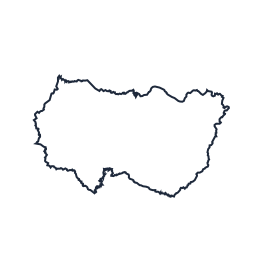 Wichian Buri, Phetchabun, Thailand (Natural Earth projection), rotated 28°
{"feature_id": "78962969B64397388555750", "entity_name": "Wichian Buri", "entity_type": "district", "adm_level": 2, "iso_a3": "THA", "parent_name": "Thailand", "parent_adm1": "Phetchabun", "projection": "natural_earth1", "projection_center": [101.036, 15.677], "detail": "fine", "context": "isolated", "style": "outline", "palette": "slate", "viewbox_px": 256, "rotation_deg": 28, "n_neighbors": 0, "source": "geoboundaries", "source_scale": "gbopen_adm2", "svg_char_len": 5868}
<svg xmlns="http://www.w3.org/2000/svg" viewBox="0 0 256 256"><g transform="rotate(28 128 128)"><path d="M42.8,114.3L42.5,116.4L44.3,119.7L45.1,124.9L47.6,126.5L47.2,127.6L45.2,128.4L45.9,131.8L45.6,132.8L44.8,132.9L44.3,133.6L45.7,140.1L43.3,145.2L43.1,146.5L44.2,148.6L44.2,150.4L45.1,151.2L44.1,153.3L43.2,153.9L42.4,155.4L42.3,156.4L40.4,156.2L39.4,159.4L39.8,160.2L42.7,162.3L41.2,165.2L43.7,166.3L44.5,167.7L44.8,167.7L45.2,168.6L45.1,169.3L45.9,169.5L47.2,171.4L48.9,170.7L49.5,170.9L49.3,172.2L51.5,173.7L52.4,175.9L52.8,176.1L53.5,175.4L54.3,176.6L54.5,177.6L54.1,178.8L55.0,182.2L54.3,183.0L54.5,183.9L53.9,185.0L58.5,183.5L62.5,184.1L64.2,183.7L64.4,184.4L64.9,184.6L64.9,185.0L65.3,184.8L65.6,185.4L65.0,187.8L66.5,188.1L66.4,188.8L69.0,189.8L68.6,193.1L69.2,193.2L70.2,196.0L71.2,196.5L74.0,196.5L74.3,198.8L76.4,198.2L78.2,199.2L78.4,197.7L79.8,196.9L80.6,196.7L81.4,197.3L82.8,197.1L84.1,198.1L84.7,197.1L87.1,195.8L87.6,194.9L89.3,194.9L90.2,195.3L91.7,193.1L93.5,193.2L94.0,193.9L95.0,194.0L96.5,192.3L97.8,191.9L98.2,191.0L98.8,191.4L99.2,191.1L99.6,191.5L100.6,190.6L101.7,191.2L102.2,192.5L103.3,192.8L105.6,195.3L107.2,196.0L108.4,196.0L108.4,196.5L108.8,197.0L109.4,196.6L110.4,197.3L111.2,197.2L111.6,197.6L112.1,197.3L112.5,198.4L114.3,198.3L114.5,199.2L114.9,199.2L115.0,199.9L115.5,200.3L116.0,200.2L116.1,199.8L116.9,199.6L117.3,199.1L118.7,199.1L119.8,199.4L121.3,200.8L122.6,200.9L123.9,200.4L128.9,201.3L128.9,200.6L129.6,200.3L129.9,199.4L128.5,198.2L128.3,199.0L127.9,198.7L128.2,196.7L127.9,196.1L128.9,196.0L129.1,195.6L129.0,195.1L128.8,195.4L127.8,195.3L127.8,194.2L128.2,193.9L128.5,194.4L129.3,193.6L129.6,194.1L130.2,194.2L130.3,193.7L129.8,193.4L130.5,192.6L130.4,192.0L130.9,191.9L130.3,191.0L131.1,190.9L131.4,191.3L131.4,190.3L132.0,190.0L130.1,189.1L130.1,187.9L129.9,188.2L129.2,187.5L128.4,187.5L127.9,188.3L127.5,188.1L128.0,187.3L127.7,186.5L128.4,186.2L127.9,185.5L128.9,184.7L128.9,184.0L129.8,184.3L129.6,183.5L129.0,182.9L129.5,181.5L129.1,180.9L129.4,179.9L128.7,180.3L128.6,179.5L128.1,180.1L127.2,179.0L126.6,176.2L126.0,175.4L127.2,175.0L127.9,175.9L128.7,174.6L128.0,174.1L128.8,173.5L129.2,173.9L130.0,173.0L130.6,173.3L130.2,173.8L130.7,174.7L131.2,173.7L130.7,172.2L131.1,172.1L131.0,171.4L131.7,172.5L133.1,171.8L133.3,172.9L133.8,173.0L133.8,173.5L135.9,175.0L135.3,177.2L135.5,177.8L136.0,177.5L136.1,177.9L137.7,177.3L138.2,176.5L138.3,175.8L139.7,175.4L139.7,174.6L140.4,174.6L141.7,172.5L141.9,172.7L144.0,170.7L144.6,169.4L145.1,169.3L145.6,168.6L146.4,168.7L146.7,168.3L148.0,169.0L150.4,168.8L151.4,169.9L151.9,171.2L153.3,172.0L156.3,171.5L157.2,171.6L157.7,172.3L158.5,172.7L158.8,172.4L159.9,172.9L161.5,172.3L165.1,173.0L166.3,172.5L168.6,172.4L171.6,171.3L174.2,170.9L175.5,171.7L176.6,171.8L179.2,171.2L181.3,170.0L181.9,171.2L183.1,171.0L184.3,170.2L185.4,170.1L187.1,170.8L187.1,170.1L187.4,170.6L188.2,169.3L188.7,169.8L190.9,168.7L191.2,169.0L191.5,168.0L192.0,168.4L192.3,168.1L192.9,168.7L193.5,168.3L194.6,168.8L195.0,167.9L196.3,168.4L196.8,168.2L197.2,168.5L197.1,168.8L198.0,168.6L198.1,167.9L197.7,167.6L198.3,167.1L198.7,167.3L200.8,166.9L200.5,164.8L201.1,163.8L201.2,162.8L201.7,162.6L202.4,161.4L203.1,158.2L202.7,157.2L202.8,156.0L204.3,155.4L204.7,154.4L206.6,154.9L206.7,153.6L207.7,153.0L207.8,151.6L207.4,150.8L208.0,150.1L207.7,148.7L209.1,147.8L208.8,146.3L210.3,145.1L211.4,142.7L211.4,137.9L210.9,137.1L210.0,136.6L210.5,134.7L212.4,133.6L213.9,131.3L213.7,129.1L214.8,127.9L214.9,126.8L216.6,124.5L216.3,123.0L215.1,122.3L214.4,121.1L214.6,120.4L214.1,118.9L214.4,117.7L213.4,116.9L212.2,115.0L211.3,114.7L210.6,112.7L209.6,112.2L208.7,109.0L209.1,106.9L208.2,105.0L209.5,104.0L209.9,102.1L209.7,101.4L208.9,100.9L208.9,94.6L209.9,93.9L208.4,92.7L208.4,92.1L207.8,91.4L208.3,90.7L207.1,89.1L206.8,87.5L203.6,85.8L203.0,84.6L203.9,82.8L206.9,81.2L207.4,79.8L207.4,79.5L205.9,79.3L204.7,77.3L205.1,75.3L205.6,74.3L206.1,74.2L206.4,72.0L207.1,70.2L207.0,69.9L206.2,70.2L205.4,69.8L205.2,67.6L205.8,66.7L206.9,66.2L207.7,63.0L207.0,62.2L205.5,62.3L204.7,62.9L204.4,64.0L203.5,64.2L203.6,65.1L202.7,65.1L202.6,64.2L201.2,63.1L199.6,62.7L198.4,59.6L198.2,56.6L196.4,56.4L196.5,55.3L195.1,55.4L193.2,54.7L192.6,55.0L191.9,56.2L190.3,55.6L189.8,56.7L188.7,56.9L189.5,58.7L188.4,60.0L187.3,60.1L186.2,59.5L185.6,57.4L184.8,56.7L181.4,57.8L180.0,57.4L180.4,58.8L179.8,61.1L178.6,63.6L176.7,63.6L172.8,62.4L172.0,62.7L171.0,62.1L169.8,63.4L168.5,63.7L167.7,64.6L166.6,67.9L164.6,68.5L164.1,69.5L163.9,71.2L164.8,72.8L164.2,74.9L164.6,77.9L163.6,79.3L161.5,80.2L159.8,80.5L155.0,79.7L152.3,80.0L147.6,79.8L145.8,79.3L145.7,78.8L144.7,78.4L143.3,78.3L142.4,77.5L141.6,77.3L136.9,77.5L132.3,78.7L130.7,80.0L130.0,81.6L130.0,83.1L130.4,84.2L130.0,86.0L129.5,86.4L129.2,89.7L126.7,91.3L125.6,93.1L124.1,94.1L122.0,92.8L119.3,92.8L119.3,93.4L120.2,93.3L119.9,94.0L119.5,94.1L120.4,94.6L119.9,95.3L120.3,96.0L120.3,96.8L119.8,96.3L118.4,96.1L117.3,95.1L117.7,94.8L117.6,93.8L116.7,94.3L116.7,94.0L116.0,93.8L115.8,92.6L114.8,91.8L113.9,93.3L112.1,94.3L111.2,95.6L111.0,96.6L110.4,97.0L109.7,99.0L108.8,99.4L108.8,98.8L107.9,98.6L107.0,99.3L107.1,99.6L106.0,101.3L104.4,101.6L103.5,102.9L102.6,102.9L101.5,103.7L99.9,103.4L99.7,102.8L98.9,103.2L98.3,102.9L97.3,104.0L97.3,104.5L96.5,104.8L95.7,104.4L95.3,103.5L93.9,103.6L93.7,104.6L92.1,105.3L90.3,105.1L89.1,106.9L86.3,106.2L85.6,106.9L85.4,108.7L80.6,108.5L69.7,104.9L67.9,106.3L66.1,107.1L65.7,107.4L65.7,108.0L64.9,108.7L64.4,108.4L61.5,108.9L60.9,110.1L60.9,110.9L60.5,111.2L58.7,111.7L58.6,112.3L57.9,112.8L56.9,113.0L56.7,113.6L55.1,114.9L55.1,114.3L54.0,115.0L53.4,114.6L52.8,114.9L51.9,115.6L52.1,116.3L51.5,116.3L51.1,115.5L50.8,115.9L50.5,115.7L50.5,116.2L50.2,115.8L47.6,115.3L47.1,116.5L46.5,115.9L44.9,115.4L44.7,114.8L44.5,115.4L44.1,114.6L43.8,115.0L42.8,114.3Z" fill="none" stroke="#1e293b" stroke-width="2"/></g></svg>